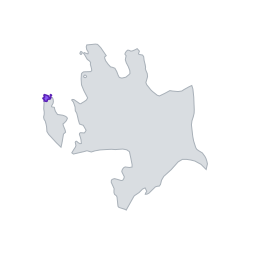 Sadarak District, Şərur, Azerbaijan (highlighted), rotated 34°
{"feature_id": "54616110B79964383852369", "entity_name": "Sadarak District", "entity_type": "district", "adm_level": 2, "iso_a3": "AZE", "parent_name": "Azerbaijan", "parent_adm1": "Şərur", "projection": "albers", "projection_center": [44.899, 39.696], "detail": "fine", "context": "in_parent", "style": "filled", "palette": "violet", "viewbox_px": 256, "rotation_deg": 34, "n_neighbors": 0, "source": "geoboundaries", "source_scale": "gbopen_adm2", "svg_char_len": 4032}
<svg xmlns="http://www.w3.org/2000/svg" viewBox="0 0 256 256"><g transform="rotate(34 128 128)"><path d="M172.4,197.1L171.5,197.0L164.9,198.9L163.5,198.5L157.6,191.5L156.4,190.7L153.9,190.5L152.5,189.4L151.2,187.5L150.5,186.1L144.5,182.4L143.6,181.0L143.5,179.7L144.3,178.5L145.2,177.5L148.0,176.5L151.3,175.5L152.4,174.9L152.9,173.8L152.8,172.1L152.2,170.5L147.3,167.7L146.7,166.4L146.5,164.9L146.7,163.2L147.4,161.9L151.2,160.0L153.2,158.1L151.9,156.1L147.5,151.7L142.4,146.8L139.1,146.8L135.4,148.4L129.5,153.0L126.2,154.9L121.9,158.1L117.2,161.7L113.4,165.4L111.0,168.4L106.7,169.8L104.5,172.4L97.3,180.1L95.3,180.0L95.1,176.3L95.1,173.3L94.6,171.6L92.2,169.3L92.2,168.3L92.8,167.7L94.6,168.0L96.9,167.9L98.0,166.9L95.5,163.9L93.2,161.9L91.3,160.5L90.9,159.7L90.9,159.1L91.3,158.4L94.5,156.6L94.7,155.1L94.5,153.3L89.4,150.8L85.6,151.8L82.2,149.0L79.9,146.8L77.2,144.4L74.7,143.2L72.4,140.2L68.3,137.1L65.7,136.3L65.7,135.8L66.2,135.2L67.3,134.7L74.5,134.8L75.4,134.2L75.8,132.9L76.8,130.9L77.9,128.0L77.7,125.6L70.5,121.7L65.3,118.2L61.6,113.4L59.1,109.1L59.2,107.6L59.9,106.2L65.4,102.2L65.8,101.1L65.7,100.4L63.7,98.4L61.2,96.3L60.4,94.7L58.8,94.0L55.9,93.9L50.6,91.3L49.5,91.1L49.3,90.6L49.5,90.0L53.3,89.0L53.2,88.1L52.1,87.0L50.0,86.1L48.0,84.1L47.4,82.2L54.0,76.7L56.0,75.7L60.4,76.6L69.5,80.2L68.9,82.2L69.8,83.3L71.9,84.8L76.0,86.3L79.4,87.1L81.1,86.4L83.7,85.8L87.1,87.5L90.2,89.7L91.8,90.6L92.7,90.9L95.0,90.1L97.8,87.1L98.9,83.5L99.2,81.8L97.5,79.5L94.0,77.0L90.1,74.9L87.6,72.9L86.0,69.1L84.4,68.7L84.0,68.2L83.7,66.8L83.8,65.0L84.3,63.5L85.8,62.9L87.4,62.7L88.8,61.3L90.5,58.6L91.2,57.1L94.5,57.9L95.0,60.3L95.6,60.8L97.0,60.4L99.3,59.4L101.1,60.1L103.5,62.9L106.8,65.9L108.6,67.8L109.3,69.2L111.0,70.5L113.5,72.1L115.5,74.5L117.4,80.3L119.2,81.6L125.5,83.6L127.7,84.0L133.9,84.5L136.1,83.9L139.1,78.8L141.8,73.6L144.4,72.4L149.1,69.8L151.9,67.3L153.0,64.7L155.5,59.8L157.1,57.1L160.0,59.4L165.2,65.6L172.7,75.8L174.5,78.7L175.8,82.1L177.0,86.3L178.8,89.9L186.4,98.8L189.7,102.1L195.0,106.3L196.8,107.2L199.2,107.3L203.6,107.1L207.7,108.6L209.7,109.7L211.9,111.4L213.9,113.3L216.0,118.7L208.9,117.3L201.9,118.0L198.0,119.4L194.2,121.2L190.6,123.6L188.5,128.1L187.1,138.4L184.7,148.1L185.0,152.5L186.5,156.7L186.4,158.7L185.2,159.6L183.6,161.5L181.8,170.3L180.8,172.1L179.4,173.3L179.0,172.3L179.0,170.0L175.7,168.1L174.2,170.5L173.3,175.3L171.2,180.5L171.1,181.5L172.4,197.1ZM64.7,110.0L65.0,108.6L64.1,108.0L63.1,108.0L62.3,108.6L62.4,110.3L63.5,110.6L64.7,110.0ZM41.6,149.8L40.5,148.4L40.1,147.6L43.2,147.0L48.4,145.1L49.8,146.0L51.4,147.9L52.1,149.6L52.3,152.6L52.9,153.1L55.4,152.1L56.6,153.3L58.5,154.8L62.0,156.2L66.8,153.9L69.3,153.3L71.3,153.3L72.4,154.0L72.8,156.4L72.4,159.3L71.8,160.9L72.9,162.1L76.9,164.8L78.6,166.4L77.9,169.1L80.9,175.7L82.0,178.3L83.2,181.4L77.0,180.3L65.9,177.7L62.8,176.3L59.9,172.6L58.2,170.9L55.6,168.6L53.5,167.7L51.9,166.1L51.0,163.8L49.7,161.7L47.4,159.2L42.3,150.7L41.6,149.8ZM48.1,93.1L47.4,93.5L46.4,93.1L46.1,92.0L46.1,90.9L47.2,90.7L48.0,91.0L48.2,92.0L48.1,93.1Z" fill="#d9dde1" stroke="#a8b0b8" stroke-width="1"/><path d="M47.0,146.1L46.6,146.2L46.2,146.5L45.8,146.6L45.3,146.7L44.9,146.5L44.4,146.4L44.1,146.0L43.7,146.0L43.4,146.1L43.0,146.2L42.5,146.3L42.1,146.4L41.8,146.5L41.3,146.7L40.8,146.8L40.5,146.9L40.0,147.1L40.0,147.5L40.0,147.8L40.2,148.0L40.4,148.2L40.6,148.4L41.0,148.5L41.5,148.9L41.6,149.2L41.6,149.5L41.4,149.9L41.0,150.3L40.8,150.8L41.0,151.1L41.5,151.2L41.9,151.3L42.4,151.2L42.8,151.4L43.2,151.7L43.3,152.0L43.3,152.4L43.6,152.3L43.8,152.2L44.2,152.1L44.5,152.0L44.8,151.9L45.0,151.7L45.6,151.5L45.7,151.1L45.9,150.9L45.9,150.7L45.7,150.3L45.6,150.1L45.5,149.9L45.4,149.7L45.5,149.4L45.6,149.0L45.8,148.8L45.9,148.6L46.2,148.3L46.4,148.2L46.7,148.0L47.0,147.8L47.0,147.6L47.2,147.3L47.3,147.0L47.1,146.7L47.0,146.4L47.0,146.1ZM46.2,144.6L46.4,144.4L46.5,144.2L46.4,143.8L46.2,143.6L45.8,143.5L45.6,143.5L45.2,143.6L45.2,143.9L45.2,144.2L45.5,144.6L45.8,144.7L46.0,144.8L46.2,144.6Z" fill="#8b5cf6" stroke="#5b21b6" stroke-width="1.5"/></g></svg>